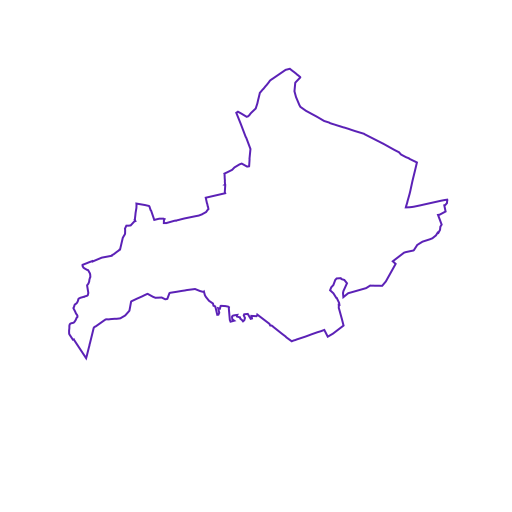 the district of Varakļānu pag., Varaklanu, Latvia, rotated 212°
{"feature_id": "27541924B80476747550323", "entity_name": "Varakļānu pag.", "entity_type": "district", "adm_level": 2, "iso_a3": "LVA", "parent_name": "Latvia", "parent_adm1": "Varaklanu", "projection": "albers", "projection_center": [26.71, 56.607], "detail": "fine", "context": "isolated", "style": "outline", "palette": "violet", "viewbox_px": 512, "rotation_deg": 212, "n_neighbors": 0, "source": "geoboundaries", "source_scale": "gbopen_adm2", "svg_char_len": 5967}
<svg xmlns="http://www.w3.org/2000/svg" viewBox="0 0 512 512"><g transform="rotate(212 256 256)"><path d="M142.9,291.7L133.2,297.6L132.4,303.2L133.4,323.3L137.2,324.0L132.2,337.3L131.0,338.7L125.4,344.1L125.2,344.6L125.1,350.9L122.8,355.6L122.3,356.5L117.4,362.3L115.8,364.5L114.3,368.8L114.3,372.2L113.6,372.2L113.8,375.7L115.2,378.6L115.2,381.0L123.4,387.3L122.2,388.3L118.8,394.2L123.2,398.8L122.5,399.6L122.1,402.1L123.1,404.0L123.3,404.7L123.7,405.1L125.6,403.5L127.0,402.2L128.5,400.8L141.2,388.3L142.0,387.5L143.4,386.1L148.1,381.6L149.7,380.2L151.5,378.8L153.2,377.6L154.7,376.6L155.2,378.1L155.4,379.0L155.8,380.5L156.3,382.2L156.4,382.3L157.9,387.5L158.7,390.2L159.6,392.9L163.1,402.6L166.3,412.3L169.1,420.6L177.4,419.7L178.1,419.9L181.0,419.3L186.8,418.9L189.9,419.8L190.2,419.7L194.8,419.3L200.7,419.0L206.8,418.7L214.9,418.0L220.6,417.5L228.5,416.8L229.1,416.9L238.3,414.4L242.4,413.4L244.7,412.9L249.3,411.7L249.7,411.5L260.8,408.6L263.6,407.9L264.8,407.9L269.8,406.6L277.7,406.4L279.7,406.3L284.0,406.0L286.0,405.9L290.5,405.6L297.4,406.0L299.2,407.0L304.3,410.6L306.3,412.0L310.5,415.9L310.7,416.1L314.5,423.7L314.5,423.8L314.5,424.1L313.1,430.7L313.1,430.9L313.4,431.2L315.0,431.4L316.0,431.6L316.5,431.5L318.7,431.9L321.4,432.2L323.0,432.3L325.8,432.6L326.5,432.7L329.1,430.0L329.5,429.6L332.7,422.3L335.9,415.0L335.9,414.9L336.2,414.4L336.7,413.2L337.1,412.1L337.2,410.0L337.6,406.5L337.9,405.0L338.3,401.4L338.5,401.1L338.9,398.1L339.2,396.4L339.1,396.2L337.7,392.0L337.0,389.8L335.7,386.1L334.4,380.9L336.0,374.7L336.2,373.3L336.2,372.4L336.7,370.3L337.7,369.1L343.8,369.0L347.8,368.8L348.6,367.0L338.6,359.7L328.2,351.8L328.1,351.7L326.8,351.0L317.4,343.8L313.0,334.9L312.8,334.8L309.4,328.5L309.4,328.4L310.9,327.1L317.1,326.8L318.5,325.0L321.2,319.7L321.9,316.4L324.9,311.5L325.5,310.6L326.4,309.2L326.2,309.1L325.6,308.0L325.1,307.4L323.7,305.3L323.6,305.2L323.2,304.6L322.6,303.9L321.8,302.5L320.0,300.1L320.1,299.9L319.8,300.0L319.3,299.2L316.4,293.8L316.1,293.5L315.4,292.9L321.7,286.6L329.5,278.8L325.6,274.8L324.9,274.3L323.3,272.6L323.0,272.5L321.2,270.6L321.5,269.1L321.6,266.9L322.3,265.6L323.6,263.3L323.8,262.8L324.1,262.4L326.0,259.9L328.5,257.6L336.6,249.9L339.4,247.0L340.3,246.0L341.9,244.4L342.5,243.5L342.9,243.5L343.8,242.7L349.6,236.3L351.6,235.1L352.9,237.3L353.1,238.0L353.1,238.8L353.5,238.7L354.3,238.6L357.4,236.7L358.5,235.7L361.4,232.7L369.0,238.9L369.6,239.0L372.6,241.5L373.1,241.7L373.6,241.6L377.1,240.4L385.2,237.1L384.4,236.0L382.9,233.4L381.0,228.8L380.0,226.8L378.4,223.4L377.7,222.4L377.8,222.3L376.8,221.7L377.5,220.8L378.5,215.5L380.0,214.3L382.0,213.0L381.6,209.7L380.8,208.8L380.5,208.3L378.9,205.6L378.7,204.8L378.7,203.3L378.6,200.8L374.7,189.4L375.2,189.0L375.2,188.2L375.7,187.0L376.2,185.8L377.2,183.1L377.7,181.8L378.5,180.6L378.4,179.8L385.9,172.9L388.6,169.1L391.7,164.7L392.1,165.0L394.8,161.5L395.1,161.0L398.4,156.6L398.1,156.0L397.9,155.8L397.6,155.5L397.1,155.2L396.2,154.7L395.9,154.7L395.2,154.6L392.3,154.7L391.9,154.7L391.5,154.9L391.1,155.0L390.8,155.0L389.6,154.3L387.9,153.4L387.6,153.2L386.6,152.2L385.8,151.0L385.4,150.5L385.3,150.1L385.3,149.7L385.0,148.6L384.9,148.2L384.6,147.3L384.0,146.1L383.7,144.9L383.5,143.5L383.7,142.0L383.6,141.5L378.7,135.9L378.5,135.5L378.0,133.9L377.9,133.5L378.0,133.2L378.2,132.8L378.5,132.4L379.2,131.6L379.7,131.1L379.8,130.8L379.9,130.5L380.4,130.2L380.7,129.8L382.8,127.5L383.7,126.0L383.8,125.5L383.7,124.9L383.4,124.2L383.2,123.4L383.0,121.6L383.2,120.6L383.3,120.2L383.7,119.4L383.9,118.8L383.9,118.5L383.8,117.8L383.5,117.0L383.3,115.9L383.3,115.2L383.2,115.0L381.9,114.2L380.0,113.1L378.3,111.9L377.9,111.7L377.0,111.4L376.4,111.1L375.7,110.6L375.2,109.8L375.1,109.5L375.2,109.2L375.4,108.7L375.0,106.2L375.0,104.8L375.1,103.5L375.3,102.9L375.6,102.5L376.0,102.0L376.5,101.6L377.0,101.1L377.4,100.5L377.6,100.2L377.7,99.4L377.6,98.8L377.2,97.7L376.7,97.0L375.9,95.6L375.0,93.7L373.7,91.7L373.2,91.0L372.6,90.6L366.9,88.0L366.3,88.7L366.2,88.6L356.6,84.2L345.9,79.3L346.7,82.0L349.2,89.7L349.9,92.0L350.3,92.9L350.5,93.7L353.5,102.9L355.5,108.9L355.5,109.1L355.5,109.8L355.0,110.9L354.7,111.2L350.8,120.5L350.1,122.1L349.8,122.6L349.1,123.2L347.3,124.2L345.9,125.4L342.8,127.7L340.9,128.9L338.8,130.6L338.3,131.0L338.0,131.3L336.6,134.0L336.1,134.9L335.4,136.3L334.4,142.2L334.4,142.6L335.6,145.7L337.7,151.0L337.7,151.5L334.3,156.8L331.1,161.5L329.9,163.5L328.2,166.1L327.8,166.5L327.4,166.5L321.8,166.8L320.6,167.0L319.1,167.3L314.0,170.8L310.2,171.2L309.9,171.3L308.7,172.4L308.5,172.7L309.7,178.6L309.6,178.8L309.3,179.3L304.1,183.8L300.4,187.1L297.9,189.2L296.8,190.3L290.2,195.7L285.0,196.6L282.6,197.3L281.4,197.8L281.3,198.2L278.7,195.8L277.9,195.3L276.7,194.7L272.1,193.1L267.3,192.9L265.7,191.3L264.2,191.6L263.9,191.6L262.5,190.4L261.0,188.9L260.1,188.0L257.7,185.6L256.8,186.3L257.1,188.2L257.1,188.4L260.4,191.7L258.7,192.2L259.5,194.9L259.3,195.2L255.4,197.3L252.8,198.3L252.6,198.3L251.8,198.2L251.7,198.2L251.4,197.4L251.1,196.9L247.1,191.6L244.3,187.9L242.8,186.8L240.2,189.6L242.6,189.8L244.1,191.7L244.2,192.5L243.8,193.4L242.4,194.7L240.8,196.0L240.8,195.4L240.1,194.6L238.2,195.1L237.1,195.5L236.2,194.6L233.8,194.2L232.4,193.7L231.9,195.3L232.5,197.6L234.9,199.1L235.1,200.3L232.3,202.5L227.2,199.9L226.3,200.9L228.1,202.8L223.7,205.2L223.6,206.0L223.6,206.5L223.8,207.0L208.7,205.6L207.1,204.6L205.9,205.3L204.3,205.2L204.1,205.1L192.7,203.8L188.2,203.4L187.3,203.1L180.5,202.6L179.4,204.2L177.9,205.8L177.5,206.5L171.4,213.8L169.0,216.9L167.5,218.9L163.5,223.9L161.2,226.5L158.9,229.5L152.4,225.6L149.6,230.9L144.9,243.4L149.6,247.9L157.0,254.7L158.3,255.8L159.2,257.4L160.0,258.5L159.4,258.8L160.7,260.3L165.3,263.2L165.7,263.0L170.6,265.4L175.0,266.2L175.6,269.3L175.0,272.4L176.1,277.7L175.7,279.7L172.4,282.1L171.3,281.7L168.4,282.5L164.4,281.1L163.3,272.7L162.6,270.7L160.1,267.4L158.1,273.3L156.0,275.6L145.6,287.1L143.5,291.4L143.4,291.4L142.9,291.7Z" fill="none" stroke="#5b21b6" stroke-width="2"/></g></svg>